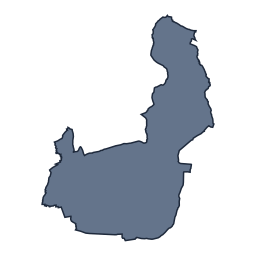 the district of Hulubesti, Dâmbovita, Romania
{"feature_id": "2599482B41266636799835", "entity_name": "Hulubesti", "entity_type": "district", "adm_level": 2, "iso_a3": "ROU", "parent_name": "Romania", "parent_adm1": "Dâmbovita", "projection": "orthographic", "projection_center": [25.25, 44.872], "detail": "fine", "context": "isolated", "style": "filled", "palette": "slate", "viewbox_px": 256, "rotation_deg": 0, "n_neighbors": 0, "source": "geoboundaries", "source_scale": "gbopen_adm2", "svg_char_len": 5759}
<svg xmlns="http://www.w3.org/2000/svg" viewBox="0 0 256 256"><path d="M167.8,229.3L169.3,228.0L170.4,227.8L172.1,226.3L173.0,224.6L173.3,224.4L173.7,223.6L174.9,217.1L175.9,215.1L177.0,210.2L177.6,209.2L177.9,207.9L178.8,206.8L179.3,205.3L179.2,201.5L179.7,198.4L178.9,196.6L178.8,195.8L178.9,195.0L179.1,194.3L179.9,192.6L181.3,188.4L183.1,185.1L183.4,182.2L183.6,172.3L183.9,171.9L187.5,171.8L190.1,172.2L190.2,169.6L190.9,168.2L190.9,167.7L191.4,164.6L191.2,164.3L180.6,163.5L179.2,162.9L178.2,161.5L178.5,161.0L178.5,159.6L177.9,155.7L179.3,150.5L191.3,140.2L192.7,139.8L193.3,138.2L197.5,135.5L201.0,133.7L203.3,131.7L204.3,131.3L204.1,130.7L206.9,127.4L208.8,125.8L210.7,127.0L212.7,127.3L213.9,124.0L213.2,123.7L213.0,122.8L212.9,120.5L212.7,118.8L211.7,116.1L211.5,114.3L211.0,113.8L210.6,111.9L211.2,110.6L210.8,108.8L209.3,106.4L208.1,103.9L208.2,101.6L207.4,100.8L207.2,99.7L206.3,98.8L205.2,97.3L205.0,95.4L205.0,94.2L204.8,92.6L204.6,92.4L205.5,90.6L205.9,90.1L206.6,89.8L206.8,89.3L207.8,88.8L208.3,88.1L208.6,86.7L210.1,85.7L210.2,84.7L209.6,83.5L209.7,83.1L209.9,82.9L209.8,82.7L209.6,82.4L209.2,82.7L208.6,82.1L209.0,80.9L209.1,78.9L207.9,78.4L207.8,78.1L206.1,76.4L206.0,75.8L206.0,75.2L206.1,75.3L206.3,74.9L206.2,74.3L205.5,73.1L205.4,72.6L205.4,72.1L205.0,71.8L204.3,69.7L202.5,66.3L201.7,65.3L200.6,65.2L200.6,64.9L200.0,64.5L200.1,64.2L199.7,64.2L199.2,63.3L199.3,62.6L199.6,62.3L199.3,62.1L199.4,61.5L199.3,61.3L199.0,61.2L198.9,60.9L199.1,60.8L198.9,60.4L198.6,60.6L198.6,59.9L197.8,59.0L197.1,57.4L196.9,56.1L197.7,55.2L197.5,54.6L197.8,54.0L197.8,53.4L197.5,52.8L197.5,51.8L198.0,50.0L197.1,48.4L196.5,46.7L194.6,45.6L190.1,43.8L190.4,42.2L191.4,41.0L191.5,39.0L192.9,38.7L193.3,39.1L195.7,40.2L195.1,39.3L194.9,38.0L193.9,35.8L193.9,34.9L194.6,32.3L195.2,31.9L195.7,31.9L196.0,30.7L193.6,30.7L190.7,30.1L189.3,29.4L188.2,29.3L186.0,28.4L182.5,26.3L180.7,25.8L179.0,24.5L176.4,22.9L175.5,22.7L174.4,21.9L173.5,21.8L173.0,21.5L172.5,21.1L172.8,20.6L172.8,20.3L172.1,20.0L171.7,19.4L171.5,17.1L170.1,16.8L168.1,16.6L167.4,15.4L165.8,17.3L163.8,17.4L163.0,17.0L160.0,19.3L159.3,20.2L158.1,20.9L157.7,21.6L155.7,23.8L155.5,25.5L154.6,27.3L154.1,27.8L153.9,28.5L152.8,29.7L153.0,30.5L153.4,31.0L153.1,31.9L153.3,33.1L152.8,34.1L152.1,34.6L152.3,36.8L152.2,37.5L152.5,38.1L153.1,38.1L153.3,38.4L153.0,39.0L153.4,39.7L153.3,40.5L153.8,42.3L153.8,43.1L153.6,43.3L153.4,44.3L153.6,44.9L153.0,45.6L152.7,46.8L152.3,47.6L152.3,48.1L151.4,50.6L150.9,54.2L150.9,55.3L154.1,60.1L156.5,62.1L158.2,63.2L163.1,65.6L163.5,65.9L164.0,66.8L166.0,68.2L166.7,68.9L167.1,70.2L167.2,71.2L167.8,72.6L167.6,73.6L167.8,74.9L168.0,75.3L167.9,76.2L168.0,76.9L167.7,78.0L167.1,78.6L167.2,79.2L166.3,79.7L165.8,80.9L165.7,81.7L165.1,83.1L163.8,84.6L163.2,85.0L162.7,85.1L161.1,84.7L157.0,86.9L155.5,87.2L154.4,88.0L153.9,92.1L152.5,93.8L152.1,96.4L152.0,97.7L152.8,100.9L153.7,103.2L153.9,104.5L152.0,106.3L149.6,107.6L148.3,108.8L148.1,109.0L147.9,110.1L147.3,110.5L147.0,111.3L146.6,111.9L145.3,112.8L141.2,114.4L145.2,117.5L145.9,118.2L146.7,119.9L146.6,121.6L146.7,125.8L146.3,126.9L146.1,128.1L145.6,128.8L145.4,129.5L145.5,130.0L145.9,130.6L145.8,131.4L146.0,132.3L146.6,133.6L147.0,134.0L146.9,134.8L147.2,135.2L147.1,137.9L147.5,138.9L146.8,139.7L146.9,140.4L146.6,140.9L146.8,141.7L146.6,142.1L146.3,142.5L144.7,143.1L144.2,143.0L143.6,143.1L141.7,142.0L140.4,141.5L139.6,141.2L138.4,141.1L130.5,143.2L129.8,143.2L126.8,143.7L123.8,143.6L120.8,144.8L115.8,145.8L106.0,148.9L104.4,149.2L103.1,149.7L102.6,150.3L101.0,150.4L99.2,151.4L93.1,152.5L92.6,153.0L89.3,153.2L86.9,154.1L84.5,155.5L83.6,153.8L82.6,150.3L81.1,147.3L80.5,146.8L80.2,146.9L79.2,148.4L78.8,149.7L77.9,151.0L77.2,151.5L75.1,151.7L73.5,152.1L73.5,151.5L74.1,150.9L73.9,149.2L73.2,146.7L73.2,145.9L72.9,145.4L72.7,144.0L72.8,142.7L72.8,140.3L73.4,136.6L73.1,133.4L72.3,130.7L72.1,129.5L69.9,128.9L69.1,128.0L68.0,127.4L68.0,128.1L67.5,128.4L67.2,128.8L67.4,129.9L66.7,129.5L66.8,130.1L66.4,131.0L65.0,132.3L62.7,135.3L62.6,135.7L62.7,136.7L62.0,138.5L60.5,139.1L57.5,141.0L54.4,142.1L54.7,142.8L55.2,143.3L55.3,143.6L55.0,144.5L55.1,145.2L55.6,145.6L56.0,146.5L56.0,147.0L55.6,147.5L55.7,148.0L56.1,148.5L56.8,148.8L56.5,149.2L56.4,149.8L56.2,150.2L56.2,150.7L56.7,150.8L56.8,151.2L55.9,152.9L56.2,153.4L57.0,153.4L57.5,152.7L58.2,153.3L58.4,153.7L59.5,153.8L59.5,154.1L59.8,154.7L60.8,154.5L60.6,155.0L60.5,156.2L61.3,156.3L61.2,156.9L61.7,157.2L61.6,157.5L61.0,157.9L61.2,158.7L61.5,158.9L61.3,159.2L61.3,160.2L59.9,160.6L59.9,161.2L60.5,161.5L60.4,162.1L55.6,164.1L57.5,164.8L52.6,167.6L49.6,170.0L49.9,170.8L51.0,172.4L50.8,173.7L50.1,176.3L49.2,177.3L48.9,177.9L48.7,180.1L48.5,180.8L48.5,182.1L48.0,183.1L47.6,184.6L45.9,187.4L45.8,188.2L45.1,189.9L45.2,190.3L45.8,190.7L45.2,191.6L45.1,192.0L46.0,192.7L46.0,193.0L45.4,193.7L45.1,194.6L44.0,195.9L43.2,197.4L43.0,198.8L42.8,199.4L42.9,200.3L42.6,200.7L42.8,201.1L42.6,201.5L42.7,202.0L42.3,202.7L42.1,204.4L45.0,204.4L44.6,205.7L46.3,206.2L46.3,205.4L46.5,205.2L49.5,206.2L49.4,206.7L49.8,206.8L49.9,206.3L53.5,205.9L54.1,205.3L56.1,205.2L55.8,206.8L58.1,206.6L58.3,207.7L61.2,207.1L64.9,217.3L70.9,216.3L71.0,216.9L70.7,218.3L70.8,219.7L71.4,221.0L71.7,221.3L72.2,221.4L72.4,221.8L75.3,223.4L75.5,223.8L75.8,223.9L75.6,224.5L75.7,225.0L76.1,225.7L75.9,226.5L76.3,226.7L76.3,227.2L76.1,227.8L76.5,228.8L75.9,229.2L75.5,229.9L80.6,231.2L85.8,233.1L89.6,233.5L114.4,234.7L116.3,234.7L117.6,234.3L122.1,234.1L122.1,237.3L122.6,238.2L123.6,238.2L124.2,238.4L125.3,240.6L135.2,239.1L135.5,238.4L136.3,238.0L136.3,237.7L136.8,237.4L141.3,238.5L144.5,238.7L146.8,238.4L148.1,238.8L151.7,239.2L152.9,239.1L158.2,237.8L160.1,236.6L161.2,235.5L162.7,234.7L165.2,232.3L167.8,229.3Z" fill="#64748b" stroke="#1e293b" stroke-width="1.5"/></svg>